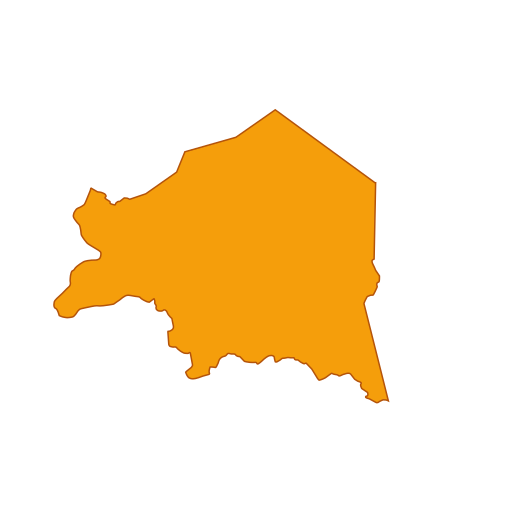 the district of La Virtud, Lempira, Honduras, rotated 116°
{"feature_id": "27666195B16098778662068", "entity_name": "La Virtud", "entity_type": "district", "adm_level": 2, "iso_a3": "HND", "parent_name": "Honduras", "parent_adm1": "Lempira", "projection": "mercator", "projection_center": [-88.659, 14.074], "detail": "fine", "context": "isolated", "style": "filled", "palette": "amber", "viewbox_px": 512, "rotation_deg": 116, "n_neighbors": 0, "source": "geoboundaries", "source_scale": "gbopen_adm2", "svg_char_len": 6128}
<svg xmlns="http://www.w3.org/2000/svg" viewBox="0 0 512 512"><g transform="rotate(116 256 256)"><path d="M328.2,73.5L251.6,138.0L251.0,138.2L250.1,138.3L248.0,138.4L244.5,138.3L243.7,138.2L243.3,137.9L241.3,136.1L240.6,135.1L239.9,133.8L239.6,133.6L239.3,133.5L235.5,133.4L231.1,133.5L230.7,133.6L230.1,133.8L229.2,134.7L228.7,134.9L228.3,135.1L227.7,135.3L227.2,135.3L226.7,135.1L226.3,134.9L225.7,134.4L225.2,134.2L224.4,134.3L223.0,134.8L221.2,135.6L219.8,136.3L216.4,142.2L214.4,144.5L211.7,147.9L210.8,148.8L209.7,149.5L209.2,149.7L208.7,149.6L207.7,149.1L207.0,148.5L137.7,180.6L138.0,181.1L116.2,302.8L158.1,326.1L193.5,365.6L215.4,364.1L248.4,382.3L260.4,394.4L260.4,395.9L260.5,397.1L261.0,398.4L261.6,399.9L266.5,402.3L266.8,402.6L267.1,403.3L267.3,403.6L267.8,404.1L268.3,404.4L269.4,404.9L269.9,405.1L270.6,405.1L271.3,405.0L271.6,405.0L271.9,405.2L272.1,405.6L272.5,407.6L272.7,409.1L272.7,409.8L272.6,410.1L272.4,410.4L271.5,410.8L271.1,411.3L270.7,414.7L270.5,416.0L270.2,416.8L270.0,417.1L269.6,417.3L269.3,417.3L268.8,417.0L268.4,416.9L268.1,417.0L267.7,417.2L267.4,417.5L266.9,418.2L266.7,418.7L266.5,419.4L266.5,421.0L266.7,423.1L267.1,424.5L267.7,426.2L267.8,426.9L267.3,433.9L267.6,434.0L267.8,434.1L269.3,433.7L270.4,433.6L280.7,432.9L283.5,432.8L284.9,432.9L285.7,433.2L287.9,434.5L289.3,435.5L290.9,436.9L291.8,437.5L292.5,437.9L293.3,438.1L295.3,438.4L296.9,438.5L298.6,438.2L300.0,437.8L300.9,437.2L301.3,436.7L302.0,435.9L303.2,433.7L304.3,431.5L305.3,428.9L305.9,427.9L307.2,426.7L309.7,424.8L313.0,422.7L313.7,422.1L314.3,421.3L315.5,419.4L316.8,417.0L318.3,413.8L318.5,413.1L318.8,411.6L319.1,408.8L319.8,400.9L320.0,399.4L320.4,397.8L320.7,397.3L321.1,396.9L322.2,396.2L323.4,395.8L324.9,395.4L326.5,395.4L327.4,395.7L328.1,396.2L329.0,397.0L329.8,398.1L331.8,401.9L334.0,405.3L335.6,407.3L336.4,408.1L337.2,408.7L340.6,410.8L344.0,412.5L346.0,413.2L347.6,413.4L348.4,413.6L349.0,413.9L350.0,414.6L350.6,414.8L351.4,414.8L352.3,414.7L353.7,414.4L355.0,414.1L357.4,413.2L359.3,412.4L360.2,411.9L361.4,411.1L362.1,410.7L363.2,410.4L364.3,410.3L365.3,410.5L369.0,411.9L374.5,413.7L381.5,416.4L383.9,417.1L384.8,417.2L385.6,417.2L386.9,416.8L388.3,416.3L389.4,415.7L390.1,415.1L390.5,414.6L390.8,414.1L390.9,413.6L391.0,412.4L391.4,411.5L392.1,410.5L393.2,409.2L395.8,406.7L395.7,404.8L395.5,403.1L395.1,401.5L394.6,399.8L394.2,398.7L393.7,397.8L392.5,395.9L391.3,394.3L390.5,393.6L389.4,393.1L387.2,392.5L384.3,392.1L383.2,391.9L381.6,391.3L380.9,390.9L380.0,390.0L377.1,386.4L373.3,381.5L371.7,379.3L370.5,377.3L369.3,374.4L367.5,371.3L364.5,366.8L361.9,363.2L361.2,362.6L358.6,361.2L355.3,359.3L351.9,357.7L350.6,356.9L348.9,355.8L348.0,354.8L347.3,353.7L346.6,351.8L345.1,346.6L344.3,344.3L344.0,343.2L344.0,342.6L344.0,342.2L344.5,340.8L344.7,339.7L344.9,337.4L344.9,334.2L344.7,333.1L344.4,332.1L344.3,331.7L344.0,331.5L339.6,329.3L339.3,329.1L339.2,328.9L339.2,328.7L339.4,328.5L340.5,327.5L341.2,327.0L342.4,326.5L342.9,326.2L343.3,325.7L343.9,324.6L344.5,323.9L345.2,323.5L346.4,323.2L346.9,322.8L347.5,322.3L347.8,321.6L348.0,320.9L348.1,320.0L347.9,319.0L347.5,318.0L347.0,317.0L346.6,316.4L345.9,315.8L345.1,315.4L344.7,314.9L344.5,314.4L344.4,313.6L344.6,312.8L344.9,312.1L345.5,311.3L346.5,310.1L347.2,309.0L348.4,306.3L348.9,304.6L349.3,304.0L351.6,302.3L355.2,299.5L356.2,299.0L357.2,298.7L358.2,298.8L358.8,299.0L359.3,299.2L360.4,299.9L361.3,300.6L361.8,301.2L362.2,302.0L362.4,302.0L362.7,302.0L373.1,296.0L374.0,295.4L374.6,294.6L374.8,294.1L374.9,293.6L374.6,292.1L374.2,290.6L373.8,289.9L373.2,288.8L373.0,288.0L373.2,287.1L373.7,286.0L374.0,285.0L374.6,282.2L374.8,280.2L374.8,278.2L374.5,277.1L373.6,274.9L373.3,274.4L373.0,274.1L371.9,273.4L371.8,273.0L371.9,272.7L372.3,272.3L373.6,271.3L381.3,265.6L381.8,265.3L382.2,265.1L382.8,265.1L383.6,265.1L384.8,265.4L389.4,267.6L390.6,268.1L391.1,268.2L391.3,268.2L391.7,267.8L392.4,267.1L393.6,265.6L394.5,264.0L394.9,262.7L394.8,261.9L394.8,261.1L394.4,259.7L394.0,258.8L392.7,256.8L390.5,254.3L387.3,251.2L383.4,246.8L382.9,246.3L382.5,246.2L382.1,246.2L380.8,247.3L379.4,247.9L377.8,248.3L376.1,248.6L375.8,248.4L375.4,247.6L374.6,245.7L374.1,243.9L373.9,243.5L373.6,243.3L373.4,243.2L372.4,243.1L370.2,243.1L368.8,243.1L367.0,243.4L365.8,243.5L364.7,243.4L363.7,243.2L362.6,242.7L361.6,242.1L361.0,241.6L360.0,240.5L359.1,239.6L358.1,239.2L356.5,238.8L356.1,238.6L355.8,238.3L355.4,237.5L354.9,235.3L354.5,234.5L353.8,233.0L353.5,232.0L353.6,231.4L354.1,230.2L354.2,229.3L354.1,228.1L353.6,226.7L353.6,226.1L355.7,220.4L355.7,219.9L355.3,218.1L354.3,215.0L353.2,212.4L352.2,210.5L351.7,209.6L351.7,209.2L351.7,208.9L351.9,208.5L352.3,207.9L352.4,207.5L352.3,207.2L352.2,207.0L351.7,206.6L350.5,205.9L348.6,205.0L345.0,203.6L342.4,202.3L340.6,201.1L340.0,200.6L339.5,199.9L338.7,198.7L338.4,197.8L338.3,196.7L338.4,196.0L338.6,195.6L338.9,195.3L340.7,194.0L342.3,192.6L342.6,192.3L342.6,191.8L342.1,190.9L341.1,190.2L338.9,188.7L336.9,187.8L336.3,187.3L335.1,185.3L333.4,183.1L333.1,182.5L332.2,180.0L331.0,177.6L331.0,177.2L331.0,176.9L331.8,176.1L332.0,175.4L331.9,174.5L331.3,173.4L331.1,172.6L331.3,171.5L331.7,169.8L331.8,168.9L331.9,166.3L331.8,165.8L331.6,165.3L331.3,165.0L330.8,164.6L330.6,164.3L330.4,163.9L330.5,163.5L333.2,156.2L339.2,146.8L339.7,145.6L339.9,145.0L339.7,144.5L338.5,143.2L337.1,141.9L335.2,140.4L334.5,140.0L328.8,137.0L328.4,136.7L328.2,136.2L328.2,135.1L328.1,134.2L327.2,130.9L327.2,130.2L327.4,129.1L327.2,128.4L326.6,127.7L325.4,126.7L324.5,126.0L322.0,123.3L321.4,122.5L321.0,121.8L320.7,121.1L320.5,120.4L320.5,119.7L320.7,119.0L323.5,113.3L323.9,109.8L323.8,108.7L323.6,107.1L323.7,106.5L323.8,106.1L324.1,105.8L324.4,105.6L325.6,105.6L326.5,105.2L327.4,104.4L328.5,103.2L328.7,102.9L328.9,101.9L329.7,96.1L330.0,95.6L331.1,94.9L331.7,94.6L332.1,94.5L332.6,94.5L333.1,94.7L333.4,95.1L333.7,95.5L334.1,95.7L334.4,95.7L334.7,95.6L335.0,95.3L335.0,95.1L335.1,94.0L334.8,92.3L334.7,91.2L335.0,84.8L335.0,83.6L334.9,83.2L334.6,82.7L334.1,82.1L332.3,81.0L331.3,80.2L330.3,79.4L329.5,78.6L328.9,77.2L328.4,76.0L328.2,74.8L328.2,73.5Z" fill="#f59e0b" stroke="#b45309" stroke-width="1.5"/></g></svg>